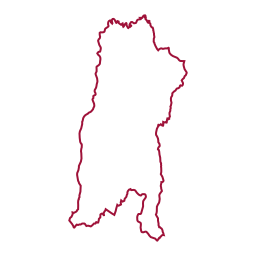 Útica, Cundinamarca, Colombia
{"feature_id": "7082276B79579066733187", "entity_name": "Útica", "entity_type": "district", "adm_level": 2, "iso_a3": "COL", "parent_name": "Colombia", "parent_adm1": "Cundinamarca", "projection": "equal_earth", "projection_center": [-74.472, 5.191], "detail": "fine", "context": "isolated", "style": "outline", "palette": "rose", "viewbox_px": 256, "rotation_deg": 0, "n_neighbors": 0, "source": "geoboundaries", "source_scale": "gbopen_adm2", "svg_char_len": 5787}
<svg xmlns="http://www.w3.org/2000/svg" viewBox="0 0 256 256"><path d="M108.8,21.2L108.3,22.1L108.1,23.2L108.1,24.6L108.5,25.7L108.5,26.1L108.0,26.8L105.5,28.5L105.1,29.0L104.5,31.5L104.1,31.9L103.5,32.2L102.1,32.4L100.4,32.3L99.7,32.9L99.7,34.8L100.1,36.7L100.0,37.3L99.7,38.4L98.7,39.3L98.1,40.8L99.3,44.9L100.7,47.4L100.8,48.8L100.2,51.4L100.1,51.6L98.6,51.9L97.8,52.6L97.3,53.4L98.2,54.8L99.4,55.8L100.2,57.2L100.4,58.2L100.4,59.8L100.2,60.6L99.9,63.5L99.7,64.1L98.7,65.2L96.7,66.6L96.5,67.1L96.6,69.4L96.6,71.4L95.6,73.5L95.7,74.5L97.1,78.3L97.4,80.9L97.4,81.8L96.7,84.3L96.5,85.8L96.1,87.6L94.7,90.2L94.7,91.7L95.5,93.2L95.6,94.4L95.3,94.9L93.5,95.8L93.3,96.3L93.4,98.0L92.8,98.7L92.5,99.4L92.7,100.3L94.1,103.8L94.3,105.7L94.2,106.4L93.5,107.8L93.0,109.3L91.5,111.1L90.6,111.9L88.6,112.8L88.1,113.5L85.4,115.1L84.1,116.5L83.2,118.2L82.6,121.0L82.2,121.7L82.2,124.1L81.2,128.4L79.9,131.3L79.5,133.5L79.7,137.8L80.2,141.9L81.1,143.7L81.7,144.2L81.8,145.2L81.7,147.4L81.3,148.8L81.0,151.1L81.3,153.2L81.5,158.5L80.9,161.6L78.9,166.0L78.9,167.5L78.4,170.2L77.2,173.1L77.1,174.9L78.1,180.8L78.6,181.7L79.1,183.3L80.7,185.7L80.4,191.7L79.4,195.4L79.5,197.2L78.8,198.4L78.8,199.5L78.3,200.1L78.1,202.2L78.2,205.2L78.1,209.3L77.1,210.2L76.7,211.2L76.1,211.7L73.8,212.9L72.5,212.4L72.5,212.6L72.7,213.1L72.7,213.9L72.2,215.3L71.4,216.9L70.2,217.8L69.8,218.7L69.3,220.5L72.1,224.0L73.3,226.0L73.5,226.9L74.0,227.5L74.4,227.5L76.2,225.1L76.8,224.6L78.0,225.0L79.7,224.4L80.7,224.5L82.1,223.6L83.0,223.5L84.2,223.5L84.8,223.8L86.4,226.0L87.1,225.8L88.3,225.7L90.8,226.4L92.3,225.3L94.0,223.5L95.4,223.5L96.2,222.1L96.4,222.1L97.0,222.6L98.2,222.5L98.8,220.1L98.9,218.9L100.3,217.4L100.4,214.6L100.7,214.2L101.8,213.6L102.3,213.6L103.4,214.5L103.9,215.9L104.0,215.2L103.6,213.3L104.5,211.4L105.3,210.6L105.7,209.2L111.8,213.4L114.3,214.9L115.7,211.0L116.2,208.7L117.3,204.9L117.8,205.4L118.6,205.7L121.0,204.5L120.7,202.5L121.2,200.4L122.6,201.6L124.3,200.8L124.7,198.8L126.3,196.9L126.6,196.0L126.7,195.2L127.4,193.8L127.4,192.3L127.8,191.2L129.0,189.7L130.5,189.1L130.8,189.8L131.3,190.1L133.9,189.9L135.0,190.3L135.5,190.8L136.8,192.7L138.7,194.6L140.0,195.3L140.7,195.5L141.1,195.4L141.7,194.6L142.4,194.2L143.2,194.1L144.7,194.2L145.2,194.5L145.6,195.1L145.9,196.5L145.7,197.5L143.7,200.3L143.2,201.2L143.0,203.3L143.1,206.2L142.9,207.1L141.2,213.1L141.0,213.6L140.3,214.0L138.6,214.0L138.2,214.3L137.5,215.8L137.2,217.1L137.3,219.7L137.4,220.4L137.7,221.0L138.1,221.5L140.4,222.7L140.8,223.3L140.9,224.6L140.6,227.6L141.1,230.7L141.6,231.9L142.2,232.2L143.3,232.3L145.1,231.7L146.0,231.7L146.5,231.9L148.2,233.8L149.3,235.5L150.8,237.1L155.2,238.6L156.8,240.4L157.2,240.6L157.8,240.2L157.8,240.3L158.4,238.9L159.2,238.4L159.0,238.2L159.1,237.9L160.5,236.9L161.7,235.5L162.8,234.9L163.8,235.1L163.5,234.2L163.4,233.3L163.0,232.6L162.6,231.4L162.5,230.4L162.0,229.2L161.5,228.5L160.3,227.7L160.1,227.3L159.2,227.2L159.2,226.7L158.8,226.0L158.5,225.0L158.6,223.8L158.0,220.6L158.0,218.3L156.8,216.3L155.9,214.6L156.5,213.2L156.8,211.4L156.9,206.7L157.9,204.5L159.0,202.8L159.3,201.7L159.7,199.0L159.3,195.5L159.4,194.8L159.9,193.7L161.9,191.0L161.2,188.6L161.1,187.2L160.8,186.3L160.8,185.6L161.4,182.5L161.4,182.1L162.1,182.2L162.8,181.8L163.3,181.3L163.5,180.5L162.4,176.8L160.8,174.1L161.2,172.5L161.3,171.1L161.2,167.6L161.0,166.9L161.2,165.5L161.0,164.4L161.1,163.4L160.4,161.7L160.2,157.6L159.5,154.6L159.2,151.5L158.8,150.0L158.0,149.5L157.9,149.2L158.3,147.8L158.8,147.0L159.5,146.4L159.7,145.4L159.4,143.8L158.3,142.1L158.3,140.8L158.0,138.6L157.1,136.5L156.2,135.1L156.0,134.0L156.1,132.4L156.9,128.8L158.1,126.4L158.2,125.1L158.4,124.8L159.5,125.3L160.8,124.2L162.3,125.6L163.0,125.7L163.3,124.9L163.1,123.3L163.2,121.9L164.6,122.5L165.7,122.0L166.2,122.6L166.6,122.6L166.8,122.1L166.9,120.2L167.4,118.4L167.8,118.5L167.8,119.2L168.1,119.4L169.2,118.9L169.2,117.8L169.9,116.5L169.5,114.2L169.5,112.8L170.3,110.9L170.3,109.4L170.7,108.2L170.6,107.1L170.4,106.5L170.9,105.6L171.5,102.8L171.4,102.2L171.0,100.7L170.9,98.6L171.2,97.2L172.1,95.8L172.3,94.8L172.3,93.3L174.0,91.5L175.4,90.6L176.6,88.8L177.2,88.4L178.1,88.3L179.4,87.5L179.8,86.7L179.9,86.0L180.2,85.5L180.6,85.3L181.2,85.6L182.1,85.7L182.8,84.8L183.0,83.7L183.0,83.1L181.7,80.4L182.6,79.2L183.9,78.1L184.7,76.1L185.7,75.3L186.0,74.7L186.7,72.9L186.6,72.3L184.6,69.2L183.8,66.4L183.5,64.8L183.6,63.8L184.3,61.1L180.7,61.0L179.8,60.7L179.0,60.0L178.0,58.6L176.9,57.7L173.0,56.1L171.2,54.9L169.9,53.5L169.4,52.7L168.8,49.6L168.8,48.1L168.5,47.8L167.1,48.4L165.1,48.4L162.9,48.9L161.6,48.4L160.5,48.5L159.1,49.3L158.2,50.3L157.1,49.0L155.5,46.0L154.4,43.4L154.4,42.8L153.7,41.8L153.8,38.7L154.4,37.1L154.0,34.7L154.0,33.4L153.7,32.5L153.5,31.0L153.2,30.3L153.3,30.0L153.1,28.8L152.7,27.6L151.7,27.3L150.5,25.5L150.3,23.6L149.4,22.7L149.4,21.0L148.9,20.8L148.2,21.1L148.1,21.3L148.7,22.5L148.5,22.8L148.3,22.8L147.7,22.3L146.6,20.1L145.6,19.3L145.8,17.8L145.8,17.2L145.6,17.1L144.9,17.5L144.7,17.2L145.3,15.9L145.4,15.7L145.2,15.4L144.2,15.4L143.6,15.7L142.8,16.6L142.3,17.8L142.0,18.0L140.8,17.8L140.3,17.9L140.2,17.9L140.8,18.7L140.9,18.9L140.7,19.2L138.4,19.5L137.5,19.9L137.0,20.5L136.1,22.7L135.7,23.0L134.0,23.3L132.1,22.0L131.1,22.1L130.0,23.7L129.4,25.1L129.6,25.3L130.9,25.3L131.2,25.6L131.2,25.9L129.7,27.2L128.7,27.2L128.2,28.0L128.0,27.9L127.2,26.4L126.6,25.5L126.5,23.4L126.2,23.1L125.7,23.3L125.2,23.9L124.7,24.5L123.8,26.4L123.3,26.8L123.1,26.4L123.0,24.8L122.6,23.4L122.1,23.7L121.5,24.8L121.1,24.8L118.9,23.2L118.5,22.3L118.7,21.8L118.6,21.5L117.4,21.1L116.6,22.8L116.3,22.9L115.4,21.4L114.9,20.2L114.3,19.4L113.6,18.9L112.6,19.0L112.3,19.3L112.0,19.8L111.8,20.6L112.0,21.7L112.4,23.3L112.2,23.6L111.7,23.0L111.0,22.5L111.0,20.6L110.1,20.4L108.8,21.2Z" fill="none" stroke="#9f1239" stroke-width="2"/></svg>